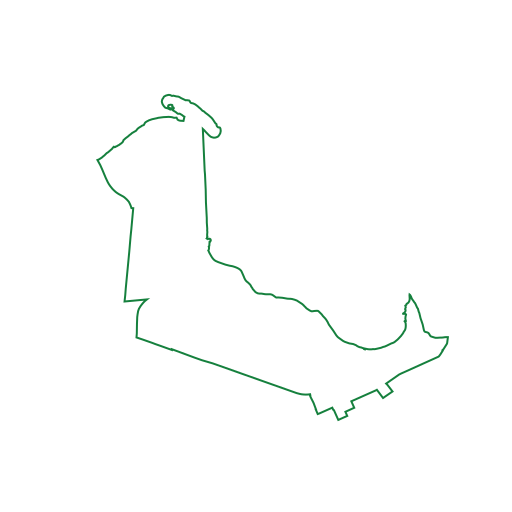 the district of Perth, Western Australia, Australia, rotated 246°
{"feature_id": "25037944B64781294564969", "entity_name": "Perth", "entity_type": "district", "adm_level": 2, "iso_a3": "AUS", "parent_name": "Australia", "parent_adm1": "Western Australia", "projection": "natural_earth1", "projection_center": [115.852, -31.966], "detail": "fine", "context": "isolated", "style": "outline", "palette": "green", "viewbox_px": 512, "rotation_deg": 246, "n_neighbors": 0, "source": "geoboundaries", "source_scale": "gbopen_adm2", "svg_char_len": 6098}
<svg xmlns="http://www.w3.org/2000/svg" viewBox="0 0 512 512"><g transform="rotate(246 256 256)"><path d="M218.9,125.8L216.4,128.3L213.3,131.6L204.4,140.9L205.1,141.2L188.1,158.6L182.8,164.2L175.5,172.8L139.8,210.4L114.2,237.4L112.2,239.9L111.0,241.6L110.0,243.4L109.1,245.2L108.3,247.2L107.7,249.2L106.9,249.0L107.1,248.6L104.7,248.5L99.1,248.8L97.8,248.8L91.5,248.4L91.5,248.2L86.5,248.1L86.4,249.6L86.4,264.0L84.1,264.0L83.5,264.5L72.8,264.5L72.8,274.3L77.3,274.3L77.4,284.0L84.5,284.0L84.5,311.2L84.6,312.0L74.6,314.3L76.7,325.6L85.0,323.6L86.5,323.0L89.5,338.5L89.6,340.6L89.8,381.7L90.0,382.4L91.1,384.4L93.5,388.0L94.0,387.9L94.3,388.2L94.4,388.5L94.3,388.9L98.0,394.5L98.7,395.2L103.8,398.3L104.4,397.1L105.0,395.5L105.6,393.3L106.6,390.9L107.7,387.9L108.2,386.8L108.9,385.9L111.3,383.2L111.6,383.0L112.7,382.6L113.6,382.6L115.6,382.2L116.8,381.1L117.6,380.0L118.1,379.5L118.5,379.3L119.4,379.2L120.3,379.3L125.6,380.4L128.7,380.7L132.2,381.0L137.5,382.0L139.0,382.0L142.1,382.5L142.7,382.3L143.4,382.2L147.0,382.2L148.4,382.1L149.3,381.8L150.6,381.6L152.9,381.1L154.0,381.0L156.0,381.1L157.7,380.9L158.3,380.6L157.8,380.3L154.4,379.0L153.8,378.7L152.7,377.9L152.4,377.6L151.5,376.4L151.2,375.4L151.2,375.2L151.0,374.2L150.9,374.0L150.5,373.7L150.2,373.4L149.9,372.2L148.3,372.0L147.8,371.6L147.5,371.2L146.8,370.6L146.3,370.6L145.9,370.7L145.1,370.3L144.5,369.7L144.0,368.8L143.6,367.3L143.6,367.0L143.4,366.9L143.1,367.3L142.9,368.0L142.4,368.8L141.6,369.3L141.1,369.0L140.2,368.2L139.0,367.5L137.9,366.9L135.8,366.5L136.1,365.6L136.1,365.4L135.9,365.2L135.4,365.4L134.0,365.4L133.2,365.2L131.2,364.4L129.6,363.5L128.5,362.7L127.8,362.0L126.4,359.8L126.0,359.4L125.1,358.0L124.6,357.0L124.1,356.2L122.7,352.9L122.1,351.4L121.1,347.8L120.9,346.4L121.0,344.7L121.1,344.3L120.9,339.2L120.9,336.8L121.2,335.3L121.3,332.9L122.1,328.8L122.4,327.3L122.8,326.0L123.4,325.0L123.6,324.0L124.6,321.7L125.3,320.4L126.8,318.3L126.3,317.6L126.8,317.1L127.2,317.7L128.1,316.6L128.5,316.0L129.5,315.1L130.7,313.4L132.4,311.9L133.8,311.1L135.5,309.5L136.1,308.9L138.2,305.7L141.5,302.2L143.0,301.0L147.8,298.2L148.8,297.7L150.8,297.1L156.5,296.2L163.5,294.7L165.3,294.6L166.4,294.6L169.3,294.2L170.9,293.8L174.0,292.7L175.9,292.3L180.0,290.7L180.6,290.3L181.1,289.5L181.6,288.2L182.1,286.8L182.5,285.2L183.0,284.1L184.4,282.9L187.7,280.8L189.3,280.3L190.4,279.8L191.2,279.6L193.3,278.7L198.7,275.2L199.3,274.6L199.7,274.1L200.2,273.7L202.0,271.5L202.7,270.4L204.2,267.4L207.1,263.1L208.9,259.8L209.8,257.7L210.2,257.3L212.8,255.8L213.9,255.1L214.8,254.1L215.4,253.2L216.6,250.4L216.8,249.9L217.5,248.6L219.3,245.9L220.4,243.6L221.2,242.4L221.7,242.0L222.7,241.2L223.6,240.7L225.0,240.3L227.1,239.6L228.0,239.6L230.0,239.2L231.2,239.2L232.5,238.9L234.8,238.0L236.5,237.1L238.0,236.6L240.1,236.4L243.5,236.5L247.5,236.5L248.6,236.4L249.9,235.9L250.6,235.6L252.4,234.3L253.6,233.2L254.7,232.1L256.2,230.4L257.9,227.9L260.6,224.5L265.8,219.0L267.8,217.2L269.0,216.4L270.4,215.8L272.3,215.3L273.6,215.1L277.6,214.7L280.3,214.7L280.3,214.8L281.5,215.8L282.7,216.5L283.0,216.5L283.6,216.7L283.9,216.7L284.3,217.5L287.8,219.3L287.7,219.9L287.8,220.0L288.1,220.4L288.5,220.6L288.4,220.8L288.6,221.0L289.3,221.2L289.8,221.2L290.4,220.9L290.7,220.5L290.8,219.9L291.4,218.8L291.3,218.7L291.6,218.5L291.8,218.2L292.0,218.1L292.2,218.8L292.8,219.1L292.8,218.8L293.6,219.3L295.3,220.0L297.7,221.3L299.5,221.9L300.6,222.5L306.4,224.6L310.8,226.5L325.4,232.1L337.0,237.0L351.3,242.6L354.8,243.8L393.7,259.1L391.5,260.0L390.4,260.3L385.5,262.1L383.8,262.9L383.3,263.2L382.3,264.2L381.3,265.5L381.0,266.2L380.7,267.1L380.6,267.8L380.5,269.4L380.7,270.1L381.0,270.8L381.4,271.5L382.6,273.2L384.2,274.4L384.7,274.7L386.8,275.3L387.6,275.3L388.0,275.2L388.4,274.8L388.6,274.2L388.9,273.8L389.6,273.4L390.6,273.1L391.3,273.1L392.4,273.5L392.9,273.4L393.7,272.9L398.0,272.2L399.3,271.9L400.5,271.5L403.8,270.0L405.5,269.1L407.4,268.0L408.9,267.4L409.6,267.0L410.4,266.2L413.4,265.1L414.3,264.6L416.6,263.6L419.1,262.2L420.8,260.8L421.6,259.8L422.0,259.1L422.4,258.8L423.1,258.5L424.3,258.5L425.2,258.2L426.5,256.2L426.8,255.2L427.1,254.9L430.7,251.8L432.3,250.7L433.1,250.0L434.3,248.0L436.1,245.7L436.4,244.4L436.7,244.1L437.8,243.2L438.2,242.7L438.8,241.5L439.2,239.0L439.0,236.8L438.9,236.6L437.9,235.3L437.2,234.1L435.9,233.1L435.2,232.7L434.0,232.5L432.5,232.4L430.3,232.8L428.5,233.4L427.9,234.0L426.6,235.6L425.1,236.8L424.6,237.3L424.4,237.9L424.5,238.4L424.8,238.7L425.1,238.7L425.3,238.7L426.2,237.3L427.2,236.7L427.9,236.5L428.3,236.6L428.6,236.6L429.1,237.1L429.3,237.5L429.3,237.9L429.1,238.9L428.9,239.6L428.2,240.7L427.8,240.9L427.4,240.8L427.1,240.5L426.6,240.3L425.3,241.0L424.8,241.1L424.4,241.0L424.2,240.8L424.0,240.4L424.0,239.9L424.1,239.5L424.0,239.3L423.6,239.2L422.9,239.3L420.2,241.2L418.0,242.3L417.6,242.7L417.1,244.1L416.9,244.3L414.8,245.8L413.2,246.6L412.4,247.3L408.9,244.7L410.3,242.0L410.7,241.4L411.6,240.4L412.6,239.8L413.6,239.8L414.7,239.7L414.8,239.4L415.4,237.8L415.7,237.2L416.9,235.8L418.0,234.0L418.7,232.6L420.5,227.9L422.0,222.9L422.2,221.5L423.2,216.7L423.5,213.3L423.4,212.7L423.4,211.6L423.1,209.4L422.7,208.6L421.3,206.8L421.4,204.5L421.2,204.0L420.8,201.1L420.4,199.6L419.2,197.3L419.0,195.2L418.7,192.6L418.2,191.1L417.9,189.6L417.3,187.8L416.6,184.7L415.7,182.0L414.8,181.2L414.2,180.3L413.6,178.3L413.5,177.3L413.2,176.6L413.1,174.9L412.9,173.4L413.0,172.3L412.8,171.9L412.8,171.7L413.0,170.9L413.6,170.6L413.2,169.4L412.5,168.2L411.8,166.0L410.9,163.0L410.7,161.4L409.5,158.3L409.2,157.0L408.6,155.1L408.1,151.7L408.2,150.2L402.3,150.7L397.6,150.7L388.7,150.5L384.1,150.6L381.8,150.8L379.4,151.2L375.9,152.1L373.8,152.9L371.5,153.9L369.8,154.9L368.3,155.9L364.2,159.0L363.0,159.7L360.3,160.9L358.2,161.6L357.1,161.9L354.2,162.0L352.1,161.9L350.4,161.7L349.6,163.3L331.0,152.9L325.1,149.5L311.7,142.1L279.3,123.8L273.2,120.5L267.9,117.4L260.7,138.7L260.1,136.4L259.4,134.5L258.4,132.4L257.2,130.2L255.4,127.6L253.6,125.9L250.9,124.1L248.6,122.7L242.3,119.6L233.7,115.6L230.2,113.7L225.5,118.8L223.7,120.7L218.9,125.8Z" fill="none" stroke="#15803d" stroke-width="2"/></g></svg>